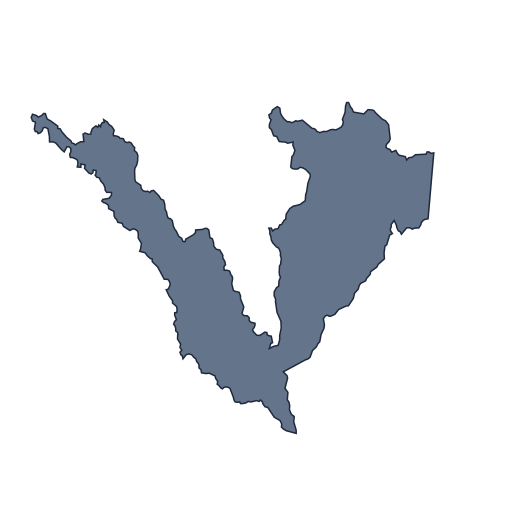 Ivolândia, Goiás, Brazil (Natural Earth projection), rotated 349°
{"feature_id": "56859067B92704348904793", "entity_name": "Ivolândia", "entity_type": "district", "adm_level": 2, "iso_a3": "BRA", "parent_name": "Brazil", "parent_adm1": "Goiás", "projection": "natural_earth1", "projection_center": [-51.093, -16.686], "detail": "fine", "context": "isolated", "style": "filled", "palette": "slate", "viewbox_px": 512, "rotation_deg": 349, "n_neighbors": 0, "source": "geoboundaries", "source_scale": "gbopen_adm2", "svg_char_len": 6089}
<svg xmlns="http://www.w3.org/2000/svg" viewBox="0 0 512 512"><g transform="rotate(349 256 256)"><path d="M158.7,131.8L156.7,129.1L157.6,126.5L156.1,124.1L155.2,121.4L153.3,119.9L151.0,120.1L148.9,118.6L148.2,115.5L144.8,114.4L143.9,112.7L141.4,111.4L139.0,110.7L139.4,108.2L140.8,105.6L140.0,103.3L138.9,101.0L136.7,98.9L135.8,96.3L132.5,93.1L132.5,95.9L130.5,95.8L128.8,97.6L128.1,99.5L126.7,97.4L125.2,99.5L123.7,97.7L119.7,99.7L117.7,102.9L117.1,104.7L114.8,104.6L111.6,102.6L109.5,103.4L108.8,110.9L105.6,110.4L102.0,111.4L99.9,112.5L98.6,110.8L96.8,110.0L96.3,107.7L92.7,103.3L88.9,96.6L88.0,93.8L85.7,92.9L86.2,90.7L80.4,84.4L77.1,81.6L76.4,76.0L74.7,75.6L72.2,77.3L68.6,78.1L67.5,76.3L63.7,74.2L61.8,77.0L62.4,80.8L65.1,82.6L62.6,89.1L63.1,91.7L64.9,92.3L65.5,94.3L67.8,93.9L70.0,92.4L71.6,89.6L73.7,89.5L76.0,91.4L76.0,99.2L75.1,104.6L78.6,105.3L81.0,106.9L85.3,114.3L87.6,117.2L91.3,112.7L93.2,113.1L94.7,115.0L94.3,118.0L92.5,120.7L92.5,123.8L94.8,124.4L98.6,127.1L99.1,129.2L98.7,131.8L97.5,134.5L101.0,135.5L101.7,132.3L105.7,134.0L104.4,137.2L107.8,142.7L109.9,144.1L111.7,143.2L112.7,140.5L115.3,141.6L114.7,144.5L113.5,146.0L114.8,148.4L117.2,149.5L117.8,152.5L120.1,156.6L120.8,159.9L120.5,162.5L121.6,165.1L126.3,166.0L125.6,168.9L122.6,171.3L116.5,171.2L115.1,172.6L116.6,174.5L118.5,175.5L120.8,178.1L120.4,181.4L125.0,185.1L124.4,189.6L124.9,191.7L126.3,193.9L126.8,196.6L130.9,198.4L131.5,201.6L137.0,206.9L140.4,205.9L142.6,206.8L144.6,209.1L144.7,211.5L143.8,215.9L145.9,221.7L144.2,226.7L142.7,229.2L147.8,231.7L149.3,235.0L151.9,238.5L153.5,239.0L153.1,241.8L157.4,248.0L161.5,261.3L165.0,262.1L166.2,264.6L166.4,267.6L163.8,271.6L161.4,272.0L163.3,279.2L165.5,283.8L165.1,286.2L168.4,290.5L168.3,293.7L167.4,296.4L165.4,296.1L164.9,298.4L165.7,303.3L163.5,304.8L162.1,307.3L163.1,309.2L163.4,311.6L162.9,314.2L164.6,316.4L163.1,322.5L165.2,328.1L163.9,331.2L165.2,334.3L163.0,335.9L163.4,338.6L164.6,340.1L164.7,343.0L168.6,339.6L170.9,339.3L172.8,339.9L174.7,341.4L175.3,343.2L177.4,345.6L177.6,348.4L178.7,349.9L179.2,352.2L178.7,355.0L180.3,357.1L180.2,360.3L184.6,361.9L187.7,362.1L193.0,366.0L193.0,368.4L194.5,371.9L193.4,374.4L195.0,376.2L196.2,378.7L197.7,380.0L199.5,378.8L201.6,378.8L203.4,379.5L205.2,380.9L206.8,390.2L206.9,393.0L207.6,395.2L209.7,396.1L212.1,396.1L212.7,398.0L214.7,398.3L217.7,398.4L220.6,397.3L223.2,398.3L229.0,398.1L231.4,399.4L233.0,398.2L234.4,400.3L234.7,402.8L236.1,405.7L238.7,407.0L243.2,417.8L248.1,422.0L249.2,425.7L248.3,428.8L249.9,431.1L252.4,433.3L261.6,437.8L262.2,434.6L261.4,426.0L262.9,420.8L260.6,418.3L259.7,414.6L259.6,412.6L260.5,409.6L260.5,405.9L259.3,403.0L261.3,396.0L259.2,391.4L263.7,382.0L263.7,379.5L260.7,374.9L284.6,367.4L287.3,367.0L289.7,365.8L293.4,359.6L297.7,356.9L300.0,353.9L302.2,352.4L305.0,345.3L308.9,340.0L310.0,336.9L310.2,330.3L312.8,328.0L314.9,327.8L316.3,329.1L318.0,329.3L322.3,328.3L326.9,324.3L334.9,322.3L337.2,322.5L343.4,316.3L345.7,311.2L349.9,308.2L351.8,304.5L353.6,302.8L358.9,301.3L360.2,299.1L364.5,295.9L365.6,293.2L372.4,290.0L374.4,287.5L381.5,283.3L382.3,277.4L384.5,270.9L386.5,269.9L391.1,261.1L394.2,260.0L392.9,257.1L393.1,254.9L394.3,253.2L394.7,250.9L398.4,247.5L399.6,252.2L399.7,255.1L400.5,258.4L402.0,259.5L402.9,262.4L409.2,257.1L412.6,257.7L414.5,259.5L417.0,258.9L421.2,259.5L423.5,257.1L424.8,254.6L426.8,253.0L428.6,252.3L432.0,252.3L450.2,188.7L447.5,188.7L445.9,187.0L443.9,186.4L442.4,188.5L431.8,187.0L428.4,188.8L424.6,188.7L422.3,190.6L421.5,186.9L415.7,184.4L414.4,182.3L413.4,179.0L409.0,179.9L407.7,176.8L405.4,175.6L404.3,173.8L405.4,171.3L408.5,169.1L410.1,166.6L411.2,152.4L409.0,148.1L405.9,145.6L400.6,138.1L399.4,135.7L397.8,134.8L393.9,133.7L389.0,137.1L379.1,133.3L378.4,129.9L377.1,127.5L376.2,123.0L374.2,122.7L372.5,125.9L370.9,131.9L366.9,138.4L367.3,141.0L366.1,143.9L363.9,145.9L358.5,147.5L355.5,146.4L353.3,146.3L348.9,147.3L346.1,146.6L342.2,147.1L339.4,145.2L338.7,143.3L337.2,142.0L335.4,141.4L327.4,131.5L322.4,131.7L320.9,130.8L318.3,131.8L316.1,131.8L314.4,130.5L312.4,130.2L309.9,127.2L308.2,123.7L307.3,120.7L307.6,115.4L305.4,113.4L300.0,115.8L298.3,118.7L295.6,119.9L295.6,123.1L296.8,125.1L294.2,129.5L293.6,132.6L295.2,134.8L296.3,141.4L299.1,142.6L300.6,148.1L306.6,149.8L308.5,151.3L314.2,151.3L313.3,154.3L314.4,159.7L312.0,163.9L310.2,165.3L307.1,175.2L308.2,177.0L310.5,178.0L313.6,178.6L316.1,177.3L318.7,178.4L321.3,180.6L324.7,186.0L324.5,188.2L320.9,194.4L317.9,202.7L316.5,205.1L314.9,211.1L308.8,213.9L302.0,214.2L298.2,215.9L293.6,220.7L292.2,225.6L290.5,226.3L287.1,230.0L285.2,230.0L283.2,233.0L281.6,233.5L279.6,233.2L277.2,234.6L276.3,231.5L273.9,231.1L274.4,234.0L273.8,236.8L274.3,240.0L274.1,243.2L274.9,246.2L277.9,251.1L279.9,252.8L280.7,257.4L280.0,260.3L280.4,263.1L278.6,268.7L277.1,270.4L275.7,276.3L275.4,279.2L276.0,281.5L273.9,284.7L272.5,289.9L270.1,291.0L267.1,294.5L266.2,298.6L267.0,301.8L266.4,304.8L265.9,315.4L268.0,324.8L267.0,331.5L264.1,338.5L263.3,342.6L260.7,347.9L255.7,348.1L251.4,349.4L253.9,344.6L255.7,344.3L255.7,337.6L253.8,336.9L251.9,335.4L252.1,333.2L250.1,332.4L244.6,334.7L241.6,333.9L239.1,330.0L238.5,327.7L240.6,325.8L241.8,323.8L242.2,321.8L238.4,320.1L237.0,318.0L237.5,315.2L236.0,313.0L232.5,312.1L231.3,309.7L234.3,303.7L232.6,294.9L233.2,292.2L232.5,288.4L228.6,286.6L227.2,285.3L226.9,278.6L228.8,273.5L228.7,271.4L227.7,269.3L227.2,265.7L224.4,264.3L222.1,264.0L222.4,260.4L224.4,258.8L224.4,255.6L223.0,251.4L223.6,249.0L221.6,243.2L218.3,241.8L216.5,238.3L216.9,234.6L216.4,230.7L214.3,229.2L214.6,221.3L212.9,219.4L210.5,219.2L208.8,219.7L201.8,218.9L201.0,221.5L198.6,223.2L190.4,226.0L189.0,228.4L187.1,227.8L186.4,224.4L184.0,222.1L182.4,216.2L181.2,213.9L180.6,210.8L180.6,205.3L179.1,203.0L177.1,202.3L176.5,199.4L176.6,196.0L175.7,192.6L176.3,187.5L175.9,183.6L173.6,182.1L172.0,178.1L168.0,172.1L165.7,172.0L164.0,173.4L161.9,171.7L160.0,171.7L157.4,170.2L156.2,167.7L156.4,164.6L152.1,160.3L151.7,157.9L153.0,149.6L153.9,146.7L156.2,144.0L157.9,140.3L159.2,134.7L158.7,131.8Z" fill="#64748b" stroke="#1e293b" stroke-width="1.5"/></g></svg>